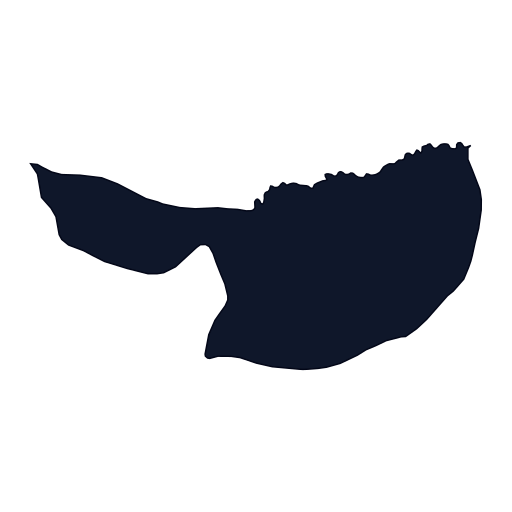 the district of San Bartolomé Jocotenango, Quiché, Guatemala
{"feature_id": "79465075B4206970956801", "entity_name": "San Bartolomé Jocotenango", "entity_type": "district", "adm_level": 2, "iso_a3": "GTM", "parent_name": "Guatemala", "parent_adm1": "Quiché", "projection": "orthographic", "projection_center": [-91.028, 15.183], "detail": "fine", "context": "isolated", "style": "filled", "palette": "ink", "viewbox_px": 512, "rotation_deg": 0, "n_neighbors": 0, "source": "geoboundaries", "source_scale": "gbopen_adm2", "svg_char_len": 3031}
<svg xmlns="http://www.w3.org/2000/svg" viewBox="0 0 512 512"><path d="M30.7,163.8L37.4,173.9L38.0,176.9L41.5,197.4L51.0,208.1L56.0,216.7L59.2,234.7L61.8,239.5L68.6,245.0L83.5,250.6L93.1,255.7L104.6,261.5L127.3,268.5L147.9,273.7L157.2,273.7L163.7,272.7L175.5,266.8L195.8,248.1L197.1,247.0L200.3,244.7L205.6,244.5L209.3,246.6L211.2,250.0L213.1,253.4L216.1,262.2L220.9,274.4L224.9,283.9L227.8,295.9L227.8,300.0L225.2,305.9L219.1,314.4L215.0,320.3L208.8,334.6L205.1,354.1L205.4,356.1L207.5,358.0L209.7,358.4L217.9,356.2L231.1,356.3L240.1,357.6L256.4,363.1L272.2,366.7L299.5,369.2L302.9,369.4L307.7,369.2L318.0,368.4L326.5,367.2L340.1,363.4L357.3,355.2L365.9,349.8L376.5,345.3L386.0,340.7L401.0,336.8L405.6,336.5L416.6,328.7L426.6,319.4L447.4,295.8L453.3,291.0L463.7,279.2L468.5,267.6L470.8,261.1L472.3,255.3L475.1,242.4L478.6,228.4L481.2,210.0L481.3,199.6L479.9,189.8L472.5,170.6L467.9,159.4L467.9,148.1L470.7,145.5L466.4,147.1L464.2,147.1L462.5,144.9L461.8,143.7L460.4,142.6L458.0,142.9L456.7,144.6L456.6,148.0L454.9,148.9L452.0,148.7L450.1,148.0L448.9,145.6L447.9,144.4L446.4,144.0L444.4,143.9L443.1,144.0L441.0,144.5L439.5,145.6L437.9,147.1L436.6,148.1L434.8,148.4L433.5,147.8L432.5,147.0L431.2,145.2L429.9,143.9L427.9,144.4L426.7,145.5L424.1,146.1L422.3,147.0L422.1,148.5L422.0,151.3L420.8,153.1L419.5,152.0L418.3,150.7L416.9,150.1L415.9,151.4L414.6,153.8L413.1,155.3L411.3,154.7L409.5,153.4L407.9,153.2L406.6,153.5L405.4,154.6L405.0,156.0L404.7,157.5L404.1,159.1L402.1,160.1L400.4,160.1L398.9,160.1L396.3,162.2L395.3,163.4L393.9,163.9L392.4,163.9L390.6,163.8L389.4,163.8L387.9,164.4L385.8,165.6L384.6,166.3L383.5,167.1L381.5,169.9L380.7,171.2L379.9,172.2L378.4,173.2L376.4,174.3L374.9,174.8L372.3,175.2L370.6,175.2L368.1,174.1L366.5,173.9L365.2,175.8L364.1,177.3L362.5,177.6L360.4,177.5L358.4,177.2L356.9,176.5L355.3,175.4L354.1,174.2L352.7,173.2L350.8,173.0L349.1,174.1L347.3,174.5L345.7,174.5L344.5,174.1L343.1,172.8L341.5,171.9L340.1,171.7L338.5,172.6L337.5,174.5L336.2,176.0L333.8,176.1L332.7,175.3L331.4,174.5L328.5,173.9L326.7,173.9L325.2,174.5L325.3,176.2L326.2,177.9L327.1,179.6L325.5,180.5L323.9,180.7L322.6,180.9L317.2,183.1L314.5,184.7L313.7,186.4L313.0,188.2L310.9,188.3L309.6,187.5L308.4,186.4L306.7,185.8L304.2,185.6L302.1,185.4L300.4,185.3L298.5,184.8L297.4,184.2L296.2,183.6L293.6,183.2L291.9,183.4L289.7,184.0L287.8,184.9L286.3,185.1L284.6,183.4L282.9,182.7L281.1,184.0L279.7,185.9L278.2,187.1L276.2,187.5L274.1,187.4L272.3,186.3L270.7,186.0L270.1,187.4L269.8,189.0L269.3,190.2L267.9,191.7L266.6,192.0L265.3,192.8L264.3,194.9L264.3,196.5L264.4,198.4L264.1,200.4L263.7,202.6L262.7,204.1L260.8,203.5L260.3,202.2L259.4,200.5L257.7,199.1L256.4,199.4L255.5,200.4L254.7,201.9L254.9,205.3L255.0,207.6L254.5,208.7L253.4,209.8L252.1,210.5L250.3,210.8L248.4,210.8L246.4,210.9L237.5,209.4L227.5,208.9L217.9,207.8L195.2,208.8L179.8,207.6L162.6,204.0L157.8,202.0L146.0,198.7L117.5,183.9L101.7,177.8L80.0,175.2L61.6,174.6L51.6,172.0L42.1,167.2L37.4,164.5L30.7,163.8Z" fill="#0f172a" stroke="#020617" stroke-width="1.5"/></svg>